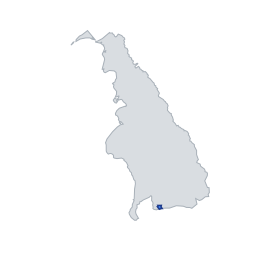 Pilagás, Formosa, Argentina (highlighted), rotated 144°
{"feature_id": "61730980B93218501090462", "entity_name": "Pilagás", "entity_type": "district", "adm_level": 2, "iso_a3": "ARG", "parent_name": "Argentina", "parent_adm1": "Formosa", "projection": "albers", "projection_center": [-58.554, -25.093], "detail": "medium", "context": "in_parent", "style": "filled", "palette": "blue", "viewbox_px": 256, "rotation_deg": 144, "n_neighbors": 0, "source": "geoboundaries", "source_scale": "gbopen_adm2", "svg_char_len": 3906}
<svg xmlns="http://www.w3.org/2000/svg" viewBox="0 0 256 256"><g transform="rotate(144 128 128)"><path d="M154.8,78.5L153.3,81.1L153.6,82.8L152.3,86.9L152.6,87.8L151.5,89.7L151.9,91.8L151.3,93.9L151.6,96.4L151.1,97.2L150.2,97.4L149.5,101.0L150.3,104.4L149.6,105.0L150.9,107.5L154.9,109.7L156.9,111.9L157.0,112.8L155.9,114.2L155.8,115.4L156.4,116.9L157.4,117.9L159.3,118.5L159.5,120.7L159.2,122.1L155.6,127.1L154.8,129.3L151.4,131.5L142.8,134.0L136.0,135.1L132.2,135.0L129.6,134.0L129.9,136.8L131.2,137.6L130.5,137.7L131.1,138.2L130.8,140.5L130.0,140.9L129.5,142.8L129.6,144.5L130.4,145.8L129.6,147.2L126.8,148.6L123.4,149.1L117.0,147.2L117.2,146.8L116.9,146.7L115.8,147.2L115.5,149.1L116.3,151.9L116.2,154.4L116.7,155.2L119.0,156.0L118.9,157.1L119.6,157.1L121.2,156.8L121.4,156.0L120.5,155.8L122.7,155.0L123.6,156.0L123.8,158.6L123.4,159.3L121.7,159.8L121.2,159.7L120.2,158.0L119.3,157.6L116.9,158.7L116.6,159.3L120.3,160.4L117.7,161.9L115.7,164.3L115.9,168.6L115.5,169.9L114.1,171.1L113.9,171.9L114.4,172.3L114.3,173.2L111.5,173.0L109.6,174.5L107.9,175.0L105.0,180.0L105.6,182.3L109.3,185.5L113.9,186.1L114.5,187.2L114.4,188.5L113.9,189.3L112.3,190.1L113.7,190.1L114.4,190.7L106.7,197.1L105.8,198.9L105.6,202.5L105.0,203.2L103.4,204.0L102.3,203.4L101.3,202.1L101.5,203.2L100.0,203.7L101.8,203.6L102.7,204.4L100.3,205.9L99.7,207.1L99.5,208.7L98.6,209.7L99.4,209.4L100.3,212.5L98.4,212.9L100.8,213.2L103.7,216.5L103.5,216.8L103.4,216.5L96.3,215.4L86.9,216.1L87.0,215.6L84.7,213.9L85.0,212.5L84.5,211.4L84.9,210.3L84.5,209.0L83.6,208.7L80.7,209.7L78.7,206.4L78.6,204.5L78.0,203.3L78.3,201.7L79.9,201.5L80.2,199.8L82.0,198.3L81.9,196.7L83.0,195.7L83.2,194.8L82.0,192.9L82.6,190.5L84.5,188.6L84.1,186.4L85.2,185.2L84.0,182.4L85.1,181.1L84.5,180.4L84.3,178.9L85.5,178.4L86.1,176.6L84.7,175.2L82.5,175.0L82.3,174.2L86.3,173.7L86.6,172.4L86.3,171.8L83.3,171.7L83.1,170.0L83.7,168.9L83.0,167.9L83.1,166.8L82.2,165.4L82.9,164.7L80.8,163.4L80.5,160.8L80.9,160.2L80.5,158.8L82.2,157.4L81.2,155.0L80.9,150.3L80.5,149.1L81.4,147.0L80.7,145.8L81.4,144.8L80.9,142.4L81.8,142.1L82.1,137.8L84.4,136.4L84.8,135.5L82.7,130.3L82.7,128.3L82.2,127.4L82.5,126.2L82.0,124.5L82.5,122.4L84.1,121.4L84.2,120.7L85.7,119.2L85.4,115.7L84.5,114.0L85.3,113.3L85.6,110.6L86.7,107.7L87.7,107.2L87.2,104.0L87.4,101.1L85.9,100.7L86.1,98.6L85.5,98.2L85.0,96.0L83.9,94.2L83.8,93.4L84.3,92.8L83.1,92.1L82.2,90.4L82.2,88.8L82.3,87.7L83.4,86.8L83.1,86.0L83.9,82.6L85.0,82.3L85.6,81.0L84.9,80.5L84.9,78.5L84.1,75.6L85.1,74.1L85.7,69.5L88.2,66.1L89.7,61.0L91.2,60.8L92.7,59.6L90.9,56.4L91.7,54.3L90.3,50.0L90.6,48.4L91.4,47.4L90.2,45.8L90.5,44.4L91.9,42.8L97.0,40.1L98.7,33.2L97.5,32.1L100.1,28.0L102.2,27.2L103.0,25.1L105.8,26.9L110.5,26.7L112.9,27.4L114.7,31.2L116.9,25.9L123.5,25.5L124.8,27.4L127.4,29.4L129.2,32.2L134.6,36.7L141.5,38.8L145.7,41.8L150.6,44.4L153.0,45.0L154.8,46.8L155.2,48.2L154.2,49.2L153.3,51.2L152.0,52.4L151.5,53.7L151.6,55.3L149.1,58.6L149.2,59.8L151.7,59.5L157.8,60.8L160.8,60.8L161.7,61.4L163.3,59.9L165.9,60.6L167.6,58.0L169.3,57.5L171.2,55.7L172.1,53.5L172.6,48.7L173.6,49.1L175.4,48.5L176.9,49.5L178.0,53.6L177.6,57.4L176.9,59.0L175.0,59.8L174.0,60.8L171.0,61.6L169.4,63.6L165.7,65.7L165.9,66.9L164.8,66.8L158.6,74.7L154.8,78.5ZM103.5,230.6L102.7,218.5L104.7,220.8L103.8,220.7L103.7,221.9L105.2,222.0L106.0,223.4L109.4,225.8L114.4,228.1L119.3,228.6L118.0,230.0L113.3,230.9L110.5,230.4L103.5,230.6ZM121.2,229.4L122.7,228.8L125.5,228.6L121.8,229.7L121.2,229.4ZM131.9,136.1L131.8,136.7L130.9,135.8L131.9,136.1Z" fill="#d9dde1" stroke="#a8b0b8" stroke-width="1"/><path d="M149.2,47.7L149.2,47.2L150.5,47.2L150.5,44.4L150.4,44.4L150.4,44.2L150.2,44.2L150.1,43.9L149.9,43.8L149.9,43.7L149.9,43.8L149.9,43.7L149.7,43.7L149.4,43.5L149.2,43.5L148.9,43.5L148.7,43.6L148.7,43.4L148.5,43.2L148.4,43.2L148.2,43.2L147.9,43.1L147.7,42.9L147.5,45.0L146.5,45.8L149.2,47.7Z" fill="#3b82f6" stroke="#1e3a8a" stroke-width="1.5"/></g></svg>